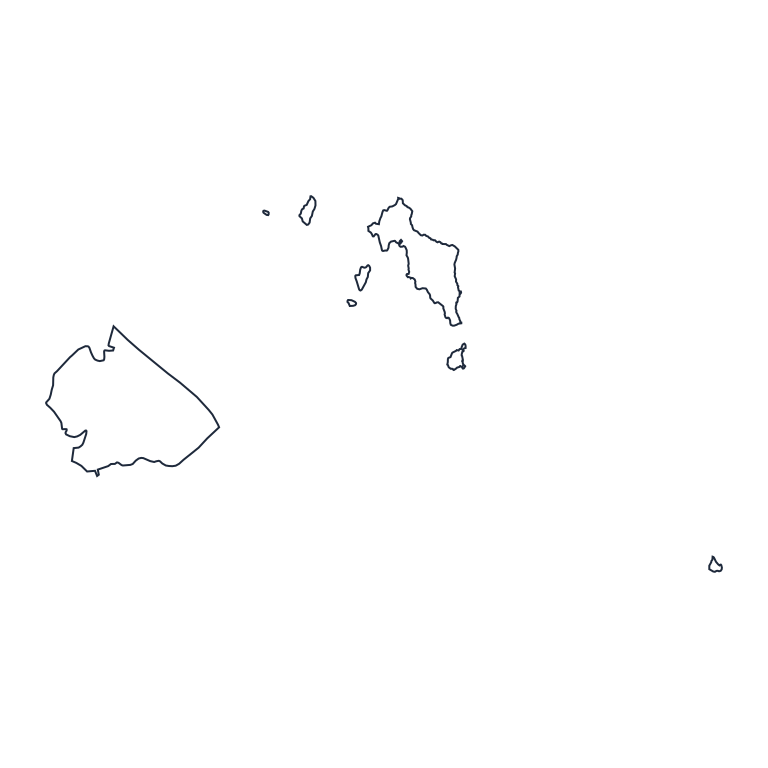 outline of Hoi An, Quàng Nam, Vietnam
{"feature_id": "81297802B62948768430814", "entity_name": "Hoi An", "entity_type": "district", "adm_level": 2, "iso_a3": "VNM", "parent_name": "Vietnam", "parent_adm1": "Quàng Nam", "projection": "equal_earth", "projection_center": [108.484, 15.896], "detail": "fine", "context": "isolated", "style": "outline", "palette": "slate", "viewbox_px": 768, "rotation_deg": 0, "n_neighbors": 0, "source": "geoboundaries", "source_scale": "gbopen_adm2", "svg_char_len": 6075}
<svg xmlns="http://www.w3.org/2000/svg" viewBox="0 0 768 768"><path d="M73.7,448.1L71.9,461.0L76.3,462.9L81.4,465.9L87.1,471.5L95.0,470.8L97.1,476.0L98.8,474.7L97.8,469.6L108.2,466.1L111.0,464.0L114.9,463.9L117.0,462.4L118.5,462.8L121.6,465.1L122.9,465.5L130.3,464.9L132.7,464.0L135.8,460.6L138.7,458.5L141.2,457.9L143.3,458.1L150.2,461.1L154.2,462.0L156.2,461.3L158.8,460.8L160.0,461.3L162.3,463.5L165.8,465.5L168.9,466.0L172.3,466.2L175.7,465.7L179.1,463.8L183.5,459.8L198.6,447.7L207.2,438.4L219.1,427.3L218.0,424.7L212.4,414.5L208.7,409.9L196.9,397.0L180.2,382.8L167.8,373.4L139.0,349.8L127.8,340.0L113.6,326.3L108.8,343.4L108.5,345.4L109.1,346.1L114.0,347.7L113.1,350.5L109.0,350.8L105.0,350.3L104.4,350.6L104.1,351.6L104.4,356.7L104.3,358.1L104.1,359.5L103.6,360.3L99.8,361.1L97.5,360.6L95.2,359.6L94.0,358.4L92.5,355.7L91.0,352.4L89.4,347.8L88.5,346.6L87.8,346.3L85.4,346.2L78.3,349.5L72.0,355.5L70.0,357.2L57.0,371.2L54.5,373.4L53.8,375.0L53.3,377.4L53.1,385.3L51.8,389.5L50.7,394.8L49.4,398.8L46.2,402.4L46.1,403.1L46.9,404.8L50.3,407.8L54.0,411.7L60.6,421.2L61.4,423.0L62.1,428.8L62.6,429.2L66.1,429.1L66.6,429.3L66.7,430.1L66.4,431.0L65.7,432.1L65.5,433.1L66.1,434.4L69.8,436.2L74.3,437.1L77.2,436.4L80.2,434.9L85.3,430.6L86.0,430.5L86.5,431.1L86.2,434.0L83.4,442.6L82.3,444.8L80.5,446.4L78.6,447.6L73.7,448.1ZM399.5,198.8L399.0,198.1L398.2,197.9L398.3,198.7L396.0,204.1L394.8,205.1L392.3,206.4L389.6,206.8L388.6,207.9L387.4,210.3L386.9,210.8L384.2,210.1L383.2,210.4L382.5,212.0L381.3,216.5L380.5,217.9L379.3,221.3L378.9,224.2L375.9,223.7L375.0,222.7L372.9,223.4L371.4,225.2L368.0,226.8L368.4,228.5L368.4,230.9L370.9,232.6L372.0,234.4L372.7,236.1L373.0,236.4L373.7,236.4L375.5,234.1L376.2,234.0L377.6,234.7L378.3,235.6L379.8,242.4L381.1,246.1L381.8,249.5L382.1,250.5L383.0,251.0L385.3,250.5L386.8,250.6L387.3,250.2L388.5,247.8L388.7,245.4L389.3,243.2L391.0,241.6L394.6,240.8L395.0,240.9L396.1,242.3L398.6,243.6L399.2,243.2L399.8,241.1L401.0,239.9L402.1,241.2L401.5,242.1L401.2,241.7L400.9,241.9L400.2,243.7L399.2,244.0L399.1,244.9L399.7,246.2L400.7,246.8L402.6,246.6L403.5,246.0L405.0,246.7L405.5,247.5L406.7,250.2L406.8,252.7L406.5,255.3L407.8,257.6L408.1,258.7L408.7,263.9L408.2,265.3L408.3,266.4L408.7,268.3L408.5,269.6L409.2,271.9L408.6,273.9L407.1,274.0L406.6,274.5L406.5,275.4L406.7,275.8L407.9,277.2L408.6,277.0L410.7,277.8L410.8,278.4L411.8,277.9L412.9,278.1L414.7,279.5L415.4,281.5L415.1,283.0L415.5,284.4L415.6,286.9L417.2,288.8L419.4,289.3L422.6,288.2L425.8,288.5L426.8,289.7L427.9,292.1L429.7,294.3L430.1,295.6L430.2,297.4L430.5,298.4L432.8,300.5L434.3,302.9L434.7,303.2L435.5,303.1L436.9,302.4L438.2,302.3L443.0,306.1L443.4,306.8L443.3,308.3L444.7,312.0L444.9,313.4L444.6,314.4L445.4,317.1L445.8,317.7L446.7,318.1L447.3,318.1L448.0,317.6L449.0,318.1L450.1,320.4L450.3,323.2L450.8,324.8L452.7,325.7L454.0,325.7L456.6,324.8L458.5,323.7L461.3,323.3L461.3,322.5L460.3,322.2L460.3,321.2L459.4,319.3L459.2,317.9L458.6,317.0L457.3,314.0L456.4,312.5L456.2,311.8L456.5,310.9L455.7,308.8L455.8,306.1L456.4,304.3L456.2,302.9L456.5,302.3L457.2,302.3L457.6,301.2L457.9,297.8L459.5,296.5L459.6,294.1L460.3,293.9L461.1,292.7L460.9,291.5L460.4,291.5L459.6,292.2L459.5,291.0L458.7,290.5L458.0,287.2L458.3,286.2L457.4,285.2L457.3,283.7L456.0,281.6L456.1,279.4L454.7,276.2L455.1,273.3L454.6,272.6L455.1,268.5L454.4,264.5L454.7,263.0L456.1,259.7L456.6,257.6L456.7,256.3L457.7,254.6L457.9,252.9L458.4,251.3L458.3,249.8L454.8,246.4L452.4,245.0L451.2,245.2L449.3,246.1L446.7,244.8L446.0,244.1L442.4,244.0L442.1,243.5L441.2,243.3L440.4,242.2L439.1,241.6L437.5,242.3L436.5,241.8L434.9,240.2L433.5,240.3L432.9,239.8L431.0,239.4L430.7,238.6L430.3,238.2L429.4,238.0L428.0,236.5L426.2,235.9L425.2,234.8L423.7,234.7L422.4,235.5L420.8,235.2L418.5,232.9L417.5,231.6L414.0,230.2L413.2,229.2L412.5,227.3L412.1,225.3L410.9,224.0L410.8,222.6L409.9,219.1L410.1,218.1L411.2,216.5L411.3,215.0L411.7,214.2L412.3,211.2L410.4,208.7L408.5,207.4L407.5,207.2L406.7,206.1L405.0,205.3L402.9,203.3L402.7,200.2L401.6,198.9L401.1,198.6L399.5,198.8ZM465.6,348.0L465.6,346.1L465.4,344.9L464.9,344.1L464.3,343.6L462.7,344.6L461.7,347.0L461.3,348.7L461.0,349.0L459.6,349.1L458.6,350.5L456.7,350.1L456.1,350.8L452.5,352.6L452.0,353.2L450.5,357.1L448.4,357.9L447.9,359.0L447.8,362.2L447.3,364.6L448.0,365.1L448.5,366.8L448.9,367.4L450.8,368.8L452.0,368.7L453.7,370.0L454.0,369.9L454.0,369.4L454.6,369.5L455.4,369.1L457.1,367.6L459.5,366.9L460.0,366.1L460.3,366.0L461.5,366.8L462.0,366.8L462.4,368.0L462.9,368.6L463.6,368.5L464.2,367.9L464.5,367.1L465.2,366.5L465.2,366.2L464.3,365.3L463.1,365.6L463.2,364.0L462.8,363.3L462.7,362.1L462.2,361.4L462.3,360.8L462.8,360.9L462.9,360.0L462.1,356.0L461.7,355.6L461.7,354.3L462.3,351.9L463.5,351.2L463.6,350.7L462.7,350.3L462.8,349.7L464.3,348.3L465.6,348.0ZM306.8,224.9L308.2,224.5L309.6,222.6L310.2,218.4L311.9,215.9L312.8,211.5L314.4,209.0L315.5,205.4L315.4,201.0L313.4,197.8L311.2,196.2L310.5,196.3L310.1,199.2L308.4,201.1L306.7,204.9L304.4,205.8L304.0,206.4L303.6,208.5L302.2,209.2L301.8,209.8L301.3,211.0L300.8,213.6L299.4,215.2L299.5,216.2L301.9,218.4L302.7,221.4L306.8,224.9ZM370.1,267.7L369.2,265.9L368.3,265.2L367.6,265.4L366.2,267.1L365.5,267.5L364.3,267.7L362.0,266.8L361.5,267.0L361.0,267.4L360.2,269.6L359.7,273.4L359.1,275.0L355.8,275.3L355.4,275.7L355.3,276.6L355.5,278.1L356.7,281.3L359.1,289.3L359.7,290.2L360.6,290.5L361.8,289.6L365.8,282.3L366.5,279.4L367.8,277.0L368.2,273.1L370.1,270.4L370.1,267.7ZM718.2,564.4L716.0,561.8L714.0,557.7L713.4,557.0L712.6,556.7L712.4,559.7L711.4,561.0L711.2,562.3L709.3,565.7L709.3,569.2L713.2,571.5L714.9,571.8L716.5,570.9L717.8,570.8L718.7,571.2L719.6,571.2L720.8,570.7L721.7,569.3L721.9,567.6L721.3,565.2L720.8,564.6L720.3,564.7L719.5,565.4L718.2,564.4ZM349.8,306.0L353.2,305.8L355.1,305.2L355.9,304.3L356.1,303.3L355.9,302.8L354.9,301.8L351.5,300.2L348.1,300.0L347.5,301.0L347.5,302.0L348.6,303.1L349.8,306.0ZM268.2,215.1L268.6,214.4L268.7,212.7L268.1,211.9L264.5,210.6L263.5,210.8L263.3,211.1L263.2,211.8L263.4,212.5L263.9,213.0L266.6,214.9L268.2,215.1Z" fill="none" stroke="#1e293b" stroke-width="2"/></svg>